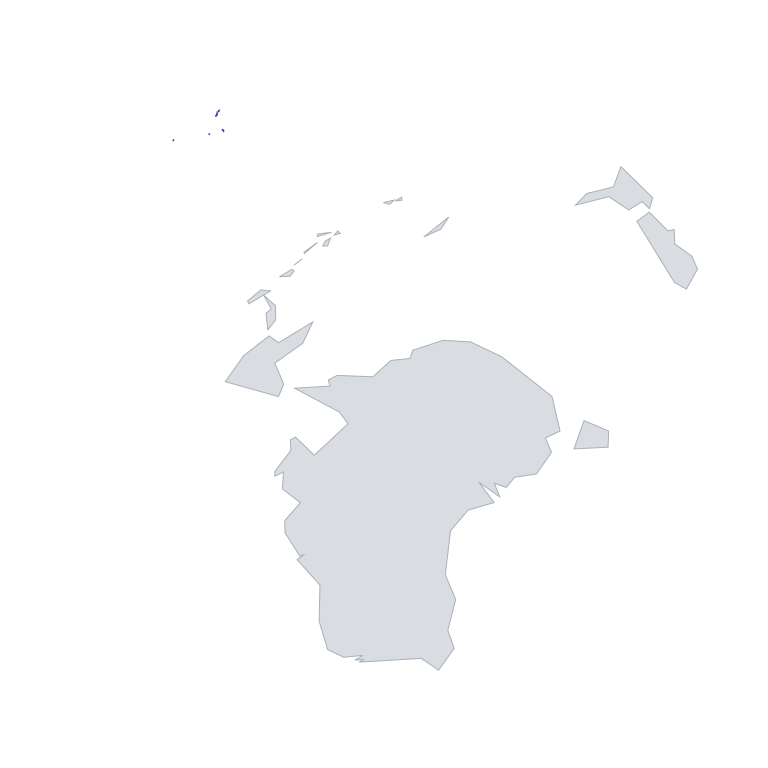 location of Marshall Islands within Oceania, rotated 286°
{"feature_id": "MHL", "entity_name": "Marshall Islands", "entity_type": "country or territory", "adm_level": 0, "iso_a3": "MHL", "parent_name": "Oceania", "parent_adm1": "", "projection": "mercator", "projection_center": [169.926, 8.484], "detail": "fine", "context": "in_parent", "style": "filled", "palette": "violet", "viewbox_px": 768, "rotation_deg": 286, "n_neighbors": 6, "source": "natural_earth", "source_scale": "50m", "svg_char_len": 2765}
<svg xmlns="http://www.w3.org/2000/svg" viewBox="0 0 768 768"><g transform="rotate(286 384 384)"><path d="M342.5,230.8L372.7,241.4L398.5,260.2L394.6,271.3L424.1,298.5L400.7,294.6L374.0,273.3L356.2,287.7L342.8,286.0L342.5,230.8ZM440.5,239.7L442.1,249.1L423.8,232.0L426.2,230.0L440.5,239.7ZM429.2,258.2L415.8,262.2L404.1,257.4L419.4,251.1L425.1,254.9L436.2,243.9L429.2,258.2ZM458.3,253.9L468.9,264.1L467.7,266.4L461.7,264.0L458.3,253.9Z" fill="#d9dde1" stroke="#a8b0b8" stroke-width="1"/><path d="M563.1,344.4L568.4,349.4L565.6,350.6L563.1,344.4ZM563.6,343.1L558.4,340.0L558.2,333.4L563.6,343.1Z" fill="#d9dde1" stroke="#a8b0b8" stroke-width="1"/><path d="M536.3,381.7L562.3,400.2L548.5,395.9L536.3,381.7Z" fill="#d9dde1" stroke="#a8b0b8" stroke-width="1"/><path d="M518.5,297.3L516.7,300.5L513.5,295.2L518.5,297.3ZM510.1,279.2L515.3,291.7L507.3,279.2L510.1,279.2ZM509.6,292.4L501.1,291.7L499.9,287.0L505.5,288.4L509.6,292.4ZM488.6,270.7L501.7,281.0L487.4,271.5L488.6,270.7ZM478.3,268.2L481.7,270.9L473.3,264.6L478.3,268.2Z" fill="#d9dde1" stroke="#a8b0b8" stroke-width="1"/><path d="M658.2,551.8L637.1,591.0L625.7,590.9L630.5,581.8L618.7,571.3L626.1,548.5L608.7,518.8L623.0,526.4L636.7,550.3L658.2,551.8ZM561.7,635.2L610.1,582.2L622.3,591.7L609.4,614.7L612.5,620.3L598.8,624.9L591.7,644.7L580.9,653.7L558.6,648.5L561.7,635.2Z" fill="#d9dde1" stroke="#a8b0b8" stroke-width="1"/><path d="M374.0,584.5L403.9,586.4L400.7,612.9L385.0,616.8L374.0,584.5ZM217.6,495.5L196.6,512.3L164.9,513.2L149.2,524.3L124.0,515.4L130.5,495.4L109.8,436.7L113.5,440.8L110.6,432.1L117.3,438.4L110.2,420.6L113.1,403.1L138.2,387.0L173.0,377.9L191.2,348.9L198.3,354.7L195.3,350.6L213.7,329.9L225.3,326.3L246.8,336.3L255.2,315.3L271.6,311.6L265.3,304.4L269.8,303.2L294.6,312.8L304.6,309.4L308.5,313.7L296.3,336.6L335.9,360.4L344.8,348.7L355.3,299.2L367.1,332.7L372.5,329.4L379.3,336.5L387.9,371.4L408.6,384.2L415.6,401.9L424.4,402.4L442.3,428.8L448.3,455.6L442.6,489.8L418.2,549.0L387.3,566.2L376.5,554.0L364.5,563.8L339.5,555.3L330.5,535.4L318.3,530.0L319.0,517.4L307.4,526.3L315.7,502.4L300.4,522.5L285.9,499.5L261.1,488.4L217.6,495.5Z" fill="#d9dde1" stroke="#a8b0b8" stroke-width="1"/><path d="M595.8,148.7L596.9,149.1L598.3,148.9L598.1,149.1L597.5,149.2L597.2,149.3L596.9,149.3L596.7,149.3L595.8,148.9L595.3,148.6L595.4,148.4L595.8,148.7ZM583.5,159.8L583.3,160.0L583.1,160.0L583.3,159.8L583.4,159.6L583.6,158.8L584.0,158.5L584.3,158.2L584.2,158.5L583.8,158.9L583.5,159.8ZM599.8,149.5L600.1,149.6L600.8,149.6L601.3,150.1L601.1,150.1L600.8,149.9L600.5,149.8L600.1,149.8L600.0,149.7L599.8,149.5ZM576.7,147.3L575.8,147.3L575.4,147.1L576.1,147.1L576.7,147.3ZM560.4,114.5L560.2,114.5L560.1,114.4L560.4,114.3L560.5,114.4L560.4,114.5Z" fill="#8b5cf6" stroke="#5b21b6" stroke-width="1.5"/></g></svg>